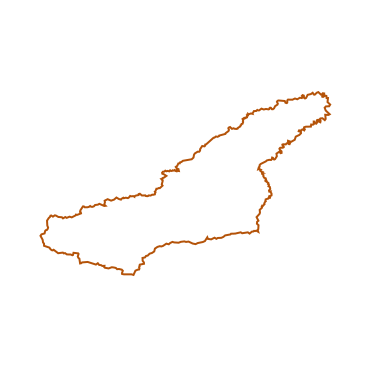 the district of Puerto Rico, Caquetá, Colombia, rotated 253°
{"feature_id": "7082276B35792863392111", "entity_name": "Puerto Rico", "entity_type": "district", "adm_level": 2, "iso_a3": "COL", "parent_name": "Colombia", "parent_adm1": "Caquetá", "projection": "natural_earth1", "projection_center": [-75.023, 2.008], "detail": "fine", "context": "isolated", "style": "outline", "palette": "amber", "viewbox_px": 384, "rotation_deg": 253, "n_neighbors": 0, "source": "geoboundaries", "source_scale": "gbopen_adm2", "svg_char_len": 6082}
<svg xmlns="http://www.w3.org/2000/svg" viewBox="0 0 384 384"><g transform="rotate(253 192 192)"><path d="M221.9,340.0L222.8,341.2L226.9,342.0L225.8,345.0L226.1,346.4L230.8,343.7L233.8,343.5L234.7,345.1L233.9,348.2L235.2,349.7L238.4,347.9L242.1,349.5L242.5,348.2L244.6,348.6L245.2,347.7L244.6,345.1L245.1,344.4L245.8,344.7L246.6,346.8L247.6,347.2L248.2,345.9L247.4,344.7L247.4,343.8L250.6,342.0L250.5,340.5L249.2,337.8L249.6,337.0L251.6,336.4L250.9,334.3L251.1,331.0L248.6,328.6L248.4,327.4L249.3,326.7L251.5,327.1L252.3,326.1L251.8,325.2L250.3,325.6L249.7,324.5L250.6,322.7L249.9,319.8L251.3,317.8L250.9,315.0L252.3,310.8L251.7,309.9L249.6,309.2L249.3,308.6L250.0,307.5L251.9,307.3L254.2,301.6L254.2,300.5L253.4,299.6L251.4,299.9L250.6,299.3L249.8,296.6L248.0,294.9L247.5,293.5L247.9,292.5L249.4,292.1L249.8,291.4L249.5,290.6L248.7,290.1L248.6,289.4L249.8,287.0L249.9,284.8L251.4,282.8L250.4,280.0L250.8,278.9L251.4,278.4L250.7,277.0L251.3,274.9L249.6,273.1L249.6,272.4L249.2,272.5L249.9,271.3L249.7,268.9L250.3,268.5L249.5,268.2L249.7,267.7L249.0,267.7L249.1,267.3L248.7,267.4L248.3,266.5L247.3,266.4L247.0,264.3L247.5,264.5L247.6,263.9L247.2,263.7L247.5,263.2L247.0,261.7L245.9,262.0L244.8,261.3L244.0,261.4L242.5,260.3L242.6,259.3L241.7,258.6L241.5,257.8L240.6,257.4L240.0,255.0L239.4,254.3L239.6,254.0L239.2,253.3L239.9,251.4L240.8,250.3L240.7,248.7L243.0,247.4L242.9,246.1L242.4,245.4L240.6,245.5L239.6,244.7L238.4,241.3L237.8,240.9L238.0,234.5L237.6,234.3L237.3,232.6L238.1,231.1L237.4,229.3L237.6,228.5L233.4,219.4L233.5,218.5L232.4,218.0L232.0,217.3L233.0,215.2L230.6,212.3L229.2,211.8L228.4,210.7L228.9,209.2L228.0,205.9L227.0,204.8L224.5,203.5L223.4,201.3L224.5,192.4L223.8,190.7L223.8,189.2L223.0,188.7L223.3,187.3L221.3,185.5L220.7,183.8L218.8,184.4L218.7,184.9L217.7,185.3L217.7,185.7L215.9,185.6L216.6,184.1L216.2,183.5L216.9,182.5L217.3,182.7L217.2,182.3L218.1,181.8L217.8,180.8L218.4,179.8L218.0,178.9L218.4,177.9L219.1,177.4L218.4,176.3L219.3,174.9L219.3,173.6L220.2,172.7L219.6,171.5L219.9,170.1L219.1,169.0L218.1,169.0L217.5,170.0L214.9,172.2L214.0,169.5L213.9,167.9L213.1,167.6L213.3,166.5L211.3,167.3L208.1,165.3L206.7,165.7L205.1,162.3L205.5,161.4L205.2,159.5L205.5,158.9L203.5,157.3L203.2,156.6L202.2,156.9L201.5,156.1L200.6,155.8L200.7,153.9L201.1,153.2L200.7,151.5L201.4,149.4L201.0,148.8L201.1,147.9L201.8,146.5L202.4,146.4L203.3,143.1L205.6,141.6L205.6,140.4L204.7,140.0L205.0,137.4L204.8,135.7L204.3,135.5L205.2,134.7L205.7,132.4L206.3,131.7L205.2,130.1L204.9,128.9L205.9,127.0L206.0,124.9L206.6,124.6L206.0,122.3L205.5,121.8L206.6,120.1L208.8,118.1L207.5,115.2L207.4,112.1L209.8,109.2L209.2,105.9L207.5,105.7L205.7,104.4L204.1,105.3L204.3,104.0L207.8,99.9L207.4,98.3L207.9,95.5L207.0,94.0L206.9,92.5L207.4,91.2L208.4,90.5L207.9,89.1L208.0,87.4L208.8,84.9L209.8,84.4L210.1,83.5L207.1,79.9L205.7,79.1L205.1,79.7L204.0,79.6L203.7,75.6L204.3,74.4L203.7,74.0L202.9,69.6L204.2,67.7L203.9,64.6L205.1,63.5L204.5,60.9L205.9,60.2L207.2,56.9L209.3,54.9L209.8,53.9L209.1,51.8L210.7,50.5L210.7,49.7L209.7,48.9L209.0,47.4L207.0,45.0L202.2,43.8L200.1,44.0L199.0,43.3L198.1,42.1L198.2,41.0L197.7,40.2L195.5,38.9L195.5,35.7L194.4,34.3L190.0,35.2L187.3,34.8L185.9,35.4L183.8,34.8L180.5,39.4L178.5,40.0L177.1,41.2L176.9,41.8L177.2,42.8L172.6,46.1L171.8,50.8L170.8,51.4L170.7,52.7L168.9,54.1L167.7,57.7L166.5,59.1L166.6,59.8L168.5,60.9L166.6,65.2L165.9,65.4L163.7,63.9L162.2,64.1L161.2,64.8L156.4,64.1L156.3,65.3L156.8,66.3L155.6,71.8L150.7,78.9L151.4,81.1L149.4,81.9L148.6,83.7L147.5,84.6L147.0,86.7L145.7,86.1L145.0,86.6L143.3,89.9L143.5,93.3L142.7,95.1L141.7,96.9L140.1,97.8L139.7,99.7L138.3,102.1L136.9,102.8L134.9,101.3L134.0,101.2L133.1,103.0L131.0,110.0L129.8,111.8L133.3,114.9L133.6,117.3L133.4,118.8L134.3,119.4L135.6,119.4L136.2,120.2L137.3,120.4L137.8,120.9L137.4,125.1L138.7,125.4L140.6,124.7L143.4,125.4L143.2,127.9L144.3,129.4L144.1,131.0L145.4,133.4L145.4,135.9L146.2,138.5L148.7,140.0L149.6,142.9L149.6,145.4L148.9,146.7L148.9,148.4L150.1,152.4L148.8,154.5L149.6,156.2L150.0,158.7L149.0,160.2L147.4,164.4L147.6,166.8L147.0,170.2L146.0,171.7L145.6,174.2L142.5,177.6L141.1,180.2L141.5,182.6L141.0,187.7L141.3,190.0L144.2,193.4L142.5,193.5L141.1,196.5L141.7,200.2L140.1,201.6L140.5,203.2L139.6,206.7L139.9,208.9L140.8,211.0L140.2,216.3L140.7,217.1L139.6,221.1L139.2,226.8L137.9,227.9L137.1,233.6L135.4,234.9L136.6,237.7L136.3,239.1L136.7,240.0L136.2,240.8L136.2,242.2L134.6,243.7L136.5,243.7L137.1,244.5L140.8,245.9L142.7,244.8L144.5,245.6L145.1,247.1L149.1,246.4L151.4,250.3L152.5,251.0L155.1,251.5L156.5,254.3L157.7,254.4L158.4,255.1L157.9,255.6L159.2,257.8L159.8,257.7L160.9,258.6L161.6,259.8L162.1,259.6L163.4,260.3L163.5,263.1L164.2,263.7L163.7,263.7L164.0,264.4L163.7,264.8L164.4,265.3L165.4,265.1L165.5,267.0L165.8,267.2L167.4,267.6L169.0,267.0L169.5,267.4L169.8,266.0L171.0,266.1L171.9,267.6L172.6,267.8L174.1,267.9L175.1,266.8L176.2,267.7L177.3,267.1L177.5,267.6L178.3,267.7L180.6,265.8L180.8,266.4L181.6,265.9L181.6,266.4L183.5,266.5L184.5,265.2L186.1,264.8L187.3,265.3L188.9,264.3L189.7,264.7L189.6,265.2L190.0,264.8L190.3,265.2L190.6,264.5L191.2,264.6L192.2,263.5L193.1,263.5L193.3,264.1L194.0,263.2L194.5,263.2L194.4,262.0L196.2,263.2L196.5,264.1L197.9,264.5L198.7,265.8L199.7,271.6L200.3,272.8L200.2,275.2L199.5,277.0L200.0,277.8L201.5,278.7L201.0,279.4L199.4,279.6L199.0,280.3L199.2,281.1L201.4,283.6L204.0,284.0L205.0,287.2L203.2,288.1L203.2,289.1L204.7,289.5L206.9,288.3L207.9,288.3L208.5,289.3L207.8,291.8L208.0,292.8L208.7,293.0L209.9,292.2L210.9,292.3L211.0,293.1L210.1,295.6L210.8,296.6L210.9,297.6L209.5,298.6L209.2,299.3L209.9,299.9L212.4,298.6L212.9,298.8L211.0,301.4L211.9,305.5L214.6,307.4L215.2,311.4L216.3,313.4L217.6,313.7L218.9,311.8L219.6,312.3L218.9,314.6L219.6,315.7L219.5,316.3L218.1,317.3L218.9,318.2L220.5,317.8L221.1,318.1L221.2,319.8L219.8,324.8L221.7,325.7L221.0,327.3L221.2,328.2L223.8,329.0L223.5,329.8L221.5,330.1L221.0,330.8L222.0,332.1L223.8,332.3L224.3,332.8L224.1,333.7L222.1,334.1L221.2,335.1L222.4,335.8L224.3,335.5L224.8,336.3L224.4,338.3L221.9,340.0Z" fill="none" stroke="#b45309" stroke-width="2"/></g></svg>